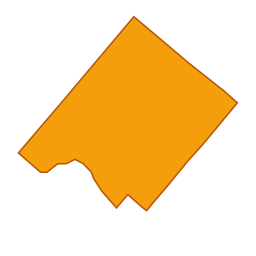 outline of Dale, Alabama, United States of America, rotated 40°
{"feature_id": "52423323B68047835703901", "entity_name": "Dale", "entity_type": "district", "adm_level": 2, "iso_a3": "USA", "parent_name": "United States of America", "parent_adm1": "Alabama", "projection": "mercator", "projection_center": [-85.587, 31.408], "detail": "fine", "context": "isolated", "style": "filled", "palette": "amber", "viewbox_px": 256, "rotation_deg": 40, "n_neighbors": 0, "source": "geoboundaries", "source_scale": "gbopen_adm2", "svg_char_len": 479}
<svg xmlns="http://www.w3.org/2000/svg" viewBox="0 0 256 256"><g transform="rotate(40 128 128)"><path d="M89.4,218.1L94.4,214.0L97.1,200.8L103.6,195.0L107.6,186.1L116.5,184.1L128.2,185.4L134.5,188.9L148.8,193.3L170.6,196.6L170.7,179.2L177.0,179.3L192.1,179.6L195.4,179.2L195.3,167.4L195.5,147.0L195.1,114.2L195.9,93.1L195.6,38.4L177.4,37.9L134.6,39.2L75.7,39.0L60.9,39.0L60.7,149.8L60.6,158.4L60.1,217.6L89.4,218.1Z" fill="#f59e0b" stroke="#b45309" stroke-width="1.5"/></g></svg>